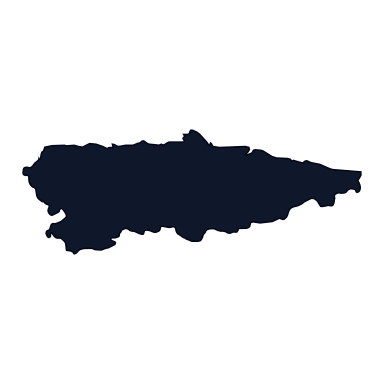 Asturias, Natural Earth projection
{"feature_id": "ESP-5805", "entity_name": "Asturias", "entity_type": "Autonomous Community", "adm_level": 1, "iso_a3": "ESP", "parent_name": "Spain", "parent_adm1": "", "projection": "natural_earth1", "projection_center": [-6.051, 43.278], "detail": "fine", "context": "isolated", "style": "filled", "palette": "ink", "viewbox_px": 384, "rotation_deg": 0, "n_neighbors": 0, "source": "natural_earth", "source_scale": "10m", "svg_char_len": 4653}
<svg xmlns="http://www.w3.org/2000/svg" viewBox="0 0 384 384"><path d="M38.9,158.9L39.2,159.7L39.3,159.7L40.0,159.7L40.8,157.0L41.2,154.4L41.9,152.2L43.6,151.0L44.8,147.2L52.1,145.7L64.5,145.3L66.5,145.9L74.1,145.3L79.3,146.7L82.6,147.1L89.6,143.6L96.0,144.2L102.5,146.4L107.2,148.7L108.5,147.8L109.9,147.5L113.2,147.5L112.9,146.7L112.6,144.9L112.4,144.2L114.1,144.5L117.1,146.1L118.9,146.5L125.5,145.3L132.0,145.3L133.9,145.0L137.2,143.5L140.2,142.8L141.0,142.0L141.9,141.2L143.7,140.9L147.7,143.7L149.3,144.2L159.2,145.2L161.2,144.2L163.2,145.1L165.1,144.3L167.0,143.0L169.0,142.1L183.7,142.1L184.4,140.7L183.5,139.5L183.0,138.2L184.6,136.5L184.3,136.0L184.0,134.8L183.7,134.4L187.8,134.4L189.3,133.6L189.9,131.7L190.7,130.2L192.7,130.3L196.9,132.2L199.6,134.3L206.6,141.9L208.9,145.3L209.8,145.3L210.5,143.0L211.4,143.7L212.9,146.5L219.5,147.5L245.1,146.5L248.9,147.4L249.4,149.7L247.7,152.2L245.5,154.2L246.4,155.3L247.7,154.5L250.4,153.7L251.7,153.1L252.6,152.0L253.0,151.0L253.7,150.1L255.5,149.8L260.9,150.3L262.9,150.9L272.1,156.6L276.4,158.0L287.4,158.5L290.4,159.3L291.8,161.3L293.3,160.4L302.2,162.9L303.2,162.6L305.1,161.1L306.5,160.8L307.9,161.2L310.8,162.6L319.8,164.4L330.2,168.9L332.8,169.6L360.9,171.9L360.8,172.9L361.0,174.9L359.9,177.1L358.3,179.6L357.9,180.7L358.2,181.6L358.8,182.3L359.9,185.2L360.3,187.5L360.1,189.0L359.7,190.4L359.0,191.4L358.0,192.1L357.0,192.3L356.2,191.8L355.5,189.9L354.7,189.3L352.3,188.8L351.0,188.7L349.7,188.9L347.8,190.0L346.9,191.0L346.4,191.9L345.7,192.3L344.5,192.9L341.9,193.1L340.7,193.1L339.5,192.8L338.2,192.9L336.9,193.3L335.3,194.1L334.6,195.0L334.3,196.1L334.7,198.3L334.4,199.4L334.2,200.5L334.1,201.8L333.8,203.2L333.0,205.0L332.0,205.7L330.8,205.8L328.4,205.3L327.2,205.5L325.9,205.9L322.2,206.5L320.6,206.3L317.1,200.7L314.6,198.8L313.4,198.5L312.1,198.3L310.8,198.5L304.1,201.9L302.1,203.6L298.2,205.6L293.4,206.8L291.2,207.9L290.0,208.9L288.7,211.2L288.3,212.3L288.0,213.4L287.1,216.0L286.2,217.4L284.2,219.2L282.7,219.4L281.4,219.0L280.1,218.3L279.0,218.4L272.3,221.5L260.1,222.9L253.3,221.9L251.7,222.2L250.5,222.9L249.7,226.4L248.6,227.5L247.3,228.0L246.0,228.3L239.0,228.4L238.4,229.2L238.0,230.2L237.4,231.2L236.8,232.0L235.8,232.1L233.4,231.9L230.4,233.1L229.1,233.2L227.8,232.9L226.6,232.3L225.6,231.6L222.8,231.0L220.9,231.1L218.2,230.5L214.6,228.9L212.7,228.6L209.5,228.8L207.7,229.4L206.4,230.1L205.7,231.1L205.3,232.1L204.6,233.1L203.7,234.0L203.1,235.0L202.8,235.9L202.7,236.4L202.6,236.8L202.3,237.7L201.7,238.6L201.3,239.6L200.2,240.7L198.8,241.1L196.8,241.3L191.7,241.2L190.5,240.7L189.4,240.2L186.1,238.9L185.5,238.2L184.1,237.8L182.3,236.8L180.8,235.6L177.8,233.8L177.0,232.8L176.5,231.8L176.1,230.7L175.6,228.3L175.0,227.3L173.5,226.6L169.8,227.4L168.2,227.3L161.9,226.1L160.7,226.6L160.4,227.5L160.2,228.7L159.8,229.9L158.9,231.0L156.4,232.1L154.7,232.3L153.1,231.9L149.6,230.5L146.5,230.0L144.9,230.4L144.1,231.2L143.7,233.4L143.2,234.1L142.1,234.3L139.7,233.7L134.1,231.2L132.5,231.2L130.0,230.5L128.9,229.6L127.8,228.9L125.5,228.3L122.0,229.8L121.2,231.0L120.8,232.0L119.9,233.0L119.3,234.0L119.2,235.0L119.2,235.8L118.7,236.5L117.7,237.0L115.1,237.8L111.4,237.9L110.8,238.6L110.7,239.4L111.3,240.3L112.3,240.9L114.6,241.7L115.4,242.4L115.3,243.4L114.8,244.5L108.1,247.9L106.3,248.1L101.8,249.8L100.4,250.0L94.5,249.5L93.7,248.9L92.6,248.6L91.0,248.3L85.0,248.4L82.7,248.7L80.3,249.4L79.0,250.2L78.0,251.1L77.1,252.2L76.1,253.1L74.7,253.8L73.8,253.6L73.0,252.0L70.6,250.9L66.5,250.3L65.8,244.3L65.4,242.6L64.3,241.2L61.3,238.4L60.2,238.0L57.8,238.1L56.6,237.9L55.6,237.5L54.6,236.6L54.2,236.2L51.6,232.7L50.8,232.6L50.5,232.8L50.5,235.8L50.4,236.4L50.2,236.6L50.0,236.9L49.5,237.3L48.9,237.5L47.7,236.9L46.8,235.3L46.1,233.5L46.4,231.8L47.2,230.7L48.3,230.4L49.3,229.8L50.0,228.6L50.4,227.1L50.7,226.0L51.2,225.0L51.6,224.3L52.4,223.8L53.2,223.6L54.5,223.7L55.7,223.7L60.3,221.9L61.4,221.3L66.1,217.3L66.4,215.9L66.1,214.1L64.1,211.0L62.9,209.4L61.7,208.4L60.8,208.6L60.0,209.2L59.4,210.2L59.2,211.2L58.6,212.0L57.6,212.6L56.4,213.1L54.0,214.4L51.9,215.3L50.9,215.0L49.9,214.3L49.1,213.4L48.4,212.2L48.1,211.0L48.2,209.5L49.1,207.2L49.2,206.1L49.1,205.3L48.3,204.7L47.3,204.5L45.3,203.5L43.9,201.7L43.0,201.7L42.0,201.5L39.2,199.4L38.3,198.5L37.5,197.3L36.8,195.7L35.7,188.8L34.8,187.9L33.8,187.3L32.7,187.0L31.0,185.4L30.1,184.2L29.4,182.5L29.0,180.7L28.9,179.2L28.9,177.9L28.8,176.7L28.3,175.8L27.5,175.2L25.3,175.4L23.6,174.6L23.2,173.8L23.0,173.0L23.4,169.7L23.7,168.6L24.4,167.7L26.0,167.3L27.4,167.3L28.7,167.7L29.6,167.8L30.5,167.7L31.5,167.1L32.8,165.9L34.6,163.4L38.5,160.1L38.7,159.9L38.9,158.9Z" fill="#0f172a" stroke="#020617" stroke-width="1.5"/></svg>